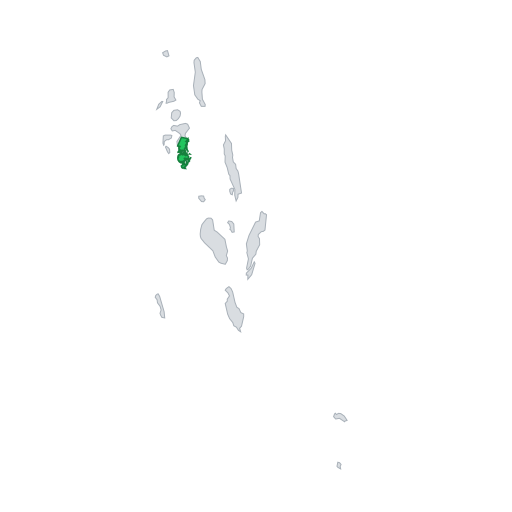 Marovo, Western, Solomon Islands (highlighted), rotated 42°
{"feature_id": "97153195B98406832943487", "entity_name": "Marovo", "entity_type": "district", "adm_level": 2, "iso_a3": "SLB", "parent_name": "Solomon Islands", "parent_adm1": "Western", "projection": "robinson", "projection_center": [157.974, -8.525], "detail": "fine", "context": "in_parent", "style": "filled", "palette": "green", "viewbox_px": 512, "rotation_deg": 42, "n_neighbors": 0, "source": "geoboundaries", "source_scale": "gbopen_adm2", "svg_char_len": 9502}
<svg xmlns="http://www.w3.org/2000/svg" viewBox="0 0 512 512"><g transform="rotate(42 256 256)"><path d="M199.6,258.2L207.7,264.8L211.2,264.2L221.7,264.4L228.0,269.1L231.6,271.3L233.7,275.6L236.2,276.6L237.8,278.7L238.7,282.7L234.8,284.8L232.5,285.4L226.3,284.0L220.5,281.0L208.8,280.6L203.4,279.7L201.5,278.6L199.8,277.0L197.1,273.3L194.9,269.0L194.6,266.4L194.4,261.5L195.1,259.8L197.3,258.0L199.6,258.2ZM236.2,218.3L245.3,230.7L244.9,232.9L243.7,234.3L243.3,238.5L244.5,240.1L247.0,240.8L251.2,245.2L253.0,252.3L254.7,254.8L254.8,260.0L258.8,267.2L259.1,270.7L258.7,272.2L257.1,271.3L252.3,263.2L246.9,259.6L246.2,258.1L240.7,253.4L237.0,245.3L233.0,231.1L234.9,227.7L230.4,220.8L230.6,218.9L233.9,219.2L234.5,218.4L236.2,218.3ZM203.3,224.5L204.4,228.4L199.5,225.0L195.8,220.7L185.2,216.1L182.9,213.7L181.0,213.4L175.5,209.6L170.2,207.0L166.1,202.2L164.1,201.4L160.8,197.7L157.5,195.3L156.3,190.8L153.2,187.7L152.4,186.3L162.5,188.8L167.2,193.7L171.2,196.5L172.6,198.5L176.2,201.3L179.5,201.5L182.7,204.3L185.7,205.0L188.0,206.5L203.1,218.9L201.3,222.1L203.3,224.5ZM271.4,304.5L276.0,306.9L278.6,306.5L282.6,308.2L285.6,307.3L287.5,309.4L292.2,317.9L292.2,320.7L295.3,322.6L292.7,323.0L289.1,322.0L286.2,322.7L283.3,321.0L278.3,320.2L273.9,318.2L264.9,311.9L264.9,308.8L263.5,307.3L263.0,303.4L259.8,302.2L256.0,302.0L255.7,300.1L256.4,296.9L259.2,296.9L262.6,298.3L271.4,304.5ZM116.9,177.4L118.0,178.9L115.2,181.4L111.5,180.0L110.6,177.9L107.9,178.4L102.7,177.2L95.5,171.2L87.9,160.0L80.5,153.8L79.1,151.9L79.0,148.7L79.9,147.4L84.5,148.8L90.4,153.9L100.1,159.2L102.8,161.9L104.5,168.4L106.1,170.4L111.3,175.4L116.9,177.4ZM127.0,215.3L129.3,218.7L131.9,226.3L131.5,228.9L129.6,229.1L129.0,230.7L126.5,227.0L123.1,226.0L120.6,223.8L119.5,216.5L117.5,216.0L111.9,216.7L110.1,219.1L107.6,218.4L107.0,216.2L107.4,214.1L110.8,212.0L111.5,209.3L114.9,204.6L117.0,203.8L121.0,205.5L121.5,212.1L122.9,214.3L127.0,215.3ZM229.6,363.1L227.1,364.6L224.8,363.8L223.0,362.8L221.6,359.6L218.5,357.6L214.1,356.7L211.8,354.7L208.7,354.1L207.9,352.3L208.1,350.5L208.6,349.6L211.4,350.5L225.0,358.9L229.6,363.1ZM87.6,202.1L86.9,202.6L85.7,200.4L84.8,199.7L84.8,197.2L81.1,193.1L80.8,190.3L83.0,187.6L85.8,189.2L88.7,192.6L92.1,193.7L91.4,196.0L88.4,200.2L87.6,202.1ZM106.1,208.7L104.5,210.4L100.6,210.1L97.5,205.9L97.5,202.7L99.9,199.8L102.8,199.3L104.4,200.4L105.9,202.8L106.4,205.9L106.1,208.7ZM139.6,233.7L136.0,237.0L133.4,235.9L131.2,233.1L132.3,228.8L134.4,227.9L135.6,226.4L139.5,227.6L140.5,228.4L138.1,230.5L139.4,232.1L139.6,233.7ZM432.7,319.9L426.6,320.8L424.3,323.8L421.2,323.5L420.1,321.0L420.1,319.8L421.8,320.0L422.7,317.6L424.5,316.4L428.7,315.9L433.7,317.2L432.5,319.4L432.7,319.9ZM265.3,272.8L265.5,278.8L262.8,275.6L261.5,276.7L260.3,275.2L260.6,268.2L258.6,261.5L260.2,262.1L265.3,272.8ZM113.3,234.9L113.3,235.5L111.3,234.4L106.8,228.8L107.6,226.9L111.7,223.2L112.9,222.8L114.1,225.0L113.1,228.3L111.8,229.2L111.2,232.3L113.3,234.9ZM214.9,246.6L218.1,247.1L223.7,252.7L222.4,254.4L219.7,253.5L218.9,253.8L218.0,252.0L215.2,250.3L212.6,250.2L212.3,248.2L214.9,246.6ZM179.1,252.0L174.8,251.4L173.5,249.9L175.1,247.9L177.0,246.5L178.7,247.7L180.6,248.1L180.8,250.7L179.1,252.0ZM56.5,167.7L52.9,168.7L50.6,167.4L51.6,164.2L52.8,162.6L57.4,165.5L56.5,167.7ZM197.4,226.4L195.6,226.9L193.1,225.4L191.9,224.0L192.5,221.9L194.0,221.0L195.7,222.5L195.9,224.0L197.4,226.4ZM461.4,357.6L458.2,358.3L456.9,358.1L454.8,354.5L456.4,353.7L458.7,354.0L459.4,356.1L461.4,357.6ZM122.7,236.8L122.6,238.3L120.5,237.8L115.8,235.6L115.7,234.6L118.3,234.2L120.3,234.5L122.7,236.8ZM84.9,209.3L84.1,213.4L82.2,208.3L82.6,204.1L83.3,203.6L84.9,209.3ZM144.9,238.4L142.2,239.6L141.3,237.9L143.3,233.5L144.9,238.4Z" fill="#d9dde1" stroke="#a8b0b8" stroke-width="1"/><path d="M121.2,217.7L124.1,226.7L125.2,226.5L125.8,226.1L125.6,225.7L126.3,225.4L126.4,225.6L125.7,226.2L125.7,226.6L126.8,227.4L126.9,228.0L127.2,228.2L128.1,227.9L128.2,228.6L128.6,227.8L128.4,228.4L129.1,228.9L129.3,228.6L129.6,228.6L129.4,228.8L129.7,228.7L129.7,228.4L129.9,228.6L130.1,228.1L130.2,228.7L130.7,228.7L130.6,229.2L131.3,229.4L131.1,228.4L130.7,227.8L131.1,227.8L130.9,227.2L131.4,226.8L131.5,226.5L131.8,226.5L131.4,226.4L131.8,226.2L131.8,225.7L132.1,225.2L132.0,224.9L131.6,224.7L131.2,224.5L131.3,223.2L131.0,223.1L131.0,222.6L130.6,221.6L129.7,220.7L129.5,220.8L129.3,220.3L129.3,218.8L128.0,217.7L128.0,217.3L127.5,217.2L127.3,217.4L127.3,216.9L127.5,216.7L127.3,216.0L127.8,215.8L127.3,215.7L127.2,215.0L126.5,215.0L126.4,214.7L121.2,217.7ZM140.3,228.5L140.0,228.5L140.1,228.0L139.5,227.3L138.2,227.1L137.8,226.9L137.3,227.0L136.7,228.5L136.3,228.5L136.5,228.1L136.3,227.7L136.1,227.8L136.2,228.1L136.0,228.3L135.6,227.3L135.1,227.1L134.9,226.7L134.9,226.9L134.5,226.6L134.2,226.8L134.2,227.1L133.6,227.0L133.3,227.3L133.6,227.4L133.9,227.7L134.0,227.5L134.5,228.5L134.4,229.0L134.1,229.4L133.9,228.9L134.1,228.6L133.5,228.2L133.4,228.6L133.1,228.3L133.4,229.0L133.2,229.2L133.2,229.8L132.9,229.7L132.8,229.9L132.7,228.9L132.5,229.2L132.2,229.1L132.1,229.4L131.9,228.8L131.3,228.5L131.8,230.0L131.6,230.2L131.3,230.0L131.0,230.5L131.6,232.0L131.1,232.2L131.2,232.8L130.9,232.9L131.1,233.7L131.2,234.0L131.7,234.0L131.6,234.3L131.9,235.0L132.5,234.9L132.5,235.7L133.8,236.8L134.7,237.0L135.2,236.8L135.5,237.3L136.5,237.3L136.6,236.7L137.2,236.4L137.1,235.8L138.2,235.5L138.4,234.1L139.0,234.3L139.3,234.0L139.3,233.2L139.1,233.1L139.4,233.1L139.4,232.9L139.1,232.5L138.6,232.7L139.0,232.5L138.9,231.9L139.5,231.9L139.7,231.3L138.9,231.5L138.8,231.8L138.1,231.3L137.9,231.7L137.5,231.6L137.4,231.2L137.8,230.7L138.6,230.6L138.8,230.3L139.2,230.4L139.4,230.0L139.9,230.2L139.7,229.6L140.1,229.3L140.0,228.6L140.3,228.5ZM144.4,238.3L143.4,237.5L143.6,236.3L143.0,235.7L142.9,234.9L143.2,234.2L143.0,233.7L142.6,233.3L143.0,234.0L142.6,235.4L141.8,235.6L141.8,235.9L140.6,236.7L140.4,238.2L140.5,238.1L140.5,238.6L141.2,239.6L141.7,239.9L142.6,239.8L143.0,238.7L144.1,239.0L144.4,238.3ZM129.1,216.0L129.0,215.7L128.5,215.6L128.3,214.9L127.9,214.6L127.1,214.5L128.0,214.9L128.9,216.0L128.3,216.7L128.4,217.1L128.7,217.0L128.8,216.4L129.1,216.0ZM136.3,226.2L135.8,226.0L135.2,226.3L135.2,226.5L134.8,226.4L135.5,227.2L136.3,226.2ZM130.4,219.4L130.3,219.2L129.7,218.7L129.0,217.5L128.8,217.4L128.8,217.2L128.4,217.3L128.6,217.5L128.4,217.6L130.4,219.4ZM143.8,235.0L143.6,233.1L143.1,232.7L142.9,233.1L143.2,233.2L143.2,232.9L143.4,233.1L143.5,235.1L143.8,235.0ZM129.4,230.0L128.7,229.4L128.6,229.7L128.9,230.0L129.0,230.5L128.3,231.7L129.0,230.8L129.0,230.0L129.4,230.0ZM142.9,232.0L142.7,231.5L142.1,231.0L141.7,229.6L142.0,230.9L142.7,231.7L142.6,233.0L142.9,232.0ZM142.2,228.7L141.8,226.6L141.5,226.1L142.0,227.9L142.0,229.0L142.2,228.7ZM133.1,223.2L132.8,222.5L132.4,221.9L131.5,221.3L131.8,221.6L131.6,221.7L132.3,222.0L133.1,223.2ZM140.0,235.7L139.7,235.7L139.3,235.8L138.8,236.2L139.1,236.2L140.0,235.7ZM131.5,221.3L131.0,220.8L130.9,220.4L130.5,220.2L130.9,221.0L131.4,221.4L131.3,221.5L131.5,221.3ZM140.6,236.3L140.3,236.3L140.2,236.9L140.2,237.2L140.6,236.3ZM128.4,216.3L128.0,215.9L127.9,216.0L128.0,216.5L128.4,216.3ZM130.4,219.7L130.2,219.4L129.9,219.2L130.2,219.6L129.9,219.4L130.0,219.6L130.4,219.7ZM140.5,236.2L140.3,235.9L140.0,235.7L140.1,236.1L140.5,236.2ZM142.8,229.9L142.5,229.5L142.2,229.5L142.6,229.7L142.8,230.3L142.8,229.9ZM133.9,223.0L133.4,222.7L133.0,222.9L133.2,223.1L133.4,222.9L133.9,223.0ZM142.6,233.7L142.5,233.3L142.3,233.4L142.6,233.7ZM136.6,227.4L136.4,227.3L136.3,227.6L136.5,227.6L136.6,227.4ZM141.4,229.0L141.3,228.5L141.3,227.8L141.2,228.8L141.4,229.0ZM138.6,224.5L138.2,224.5L138.2,224.8L138.6,224.5ZM143.0,231.3L143.0,230.9L142.9,231.0L143.0,231.3ZM138.3,236.3L138.1,236.2L137.8,236.4L138.2,236.4L138.3,236.3ZM130.3,229.7L130.3,229.4L130.2,229.4L130.3,229.7ZM141.9,235.4L141.6,235.3L141.4,235.4L141.8,235.5L141.9,235.4ZM132.4,226.3L132.3,225.8L132.1,226.2L132.4,226.3ZM130.2,229.0L130.0,228.7L130.2,229.0ZM140.2,229.6L140.2,229.1L140.2,229.4L140.2,229.6ZM134.5,223.4L134.1,223.1L134.5,223.4ZM132.2,224.9L132.0,224.7L132.0,224.8L132.1,225.0L132.2,224.9ZM131.8,224.6L131.7,224.3L131.6,224.5L131.8,224.6ZM139.2,234.3L139.1,234.1L139.1,234.4L139.2,234.3ZM137.7,237.0L137.6,236.8L137.6,237.0L137.7,237.0ZM136.5,226.7L136.5,226.4L136.4,226.4L136.5,226.7ZM140.5,230.2L140.4,230.1L140.4,230.4L140.5,230.2ZM142.5,233.1L142.4,232.9L142.3,233.1L142.5,233.1ZM140.7,232.0L140.6,231.8L140.6,232.0L140.7,232.0ZM145.0,238.1L144.8,238.0L144.7,238.0L144.8,238.2L145.0,238.1ZM135.5,223.8L135.5,223.7L135.1,223.5L135.5,223.8ZM134.2,225.6L134.2,225.4L134.1,225.6L134.2,225.6ZM129.3,230.4L129.2,230.2L129.3,230.4L129.3,230.4ZM130.8,221.0L130.7,220.9L130.7,221.0L130.8,221.0ZM141.4,234.6L141.5,234.4L141.4,234.5L141.4,234.6ZM138.4,236.3L138.4,236.1L138.4,236.3ZM140.5,235.2L140.4,235.1L140.5,235.3L140.5,235.2ZM141.0,232.2L140.9,232.0L140.9,231.9L140.8,232.1L141.0,232.2ZM135.1,223.5L134.9,223.4L134.7,223.4L134.7,223.5L135.1,223.5ZM141.0,236.2L140.9,236.1L141.0,236.2ZM129.6,219.9L129.5,219.7L129.5,219.9L129.6,219.9ZM133.8,225.5L133.7,225.4L133.7,225.5L133.8,225.5ZM139.2,234.5L139.1,234.4L139.1,234.6L139.2,234.5ZM126.8,214.5L126.7,214.3L126.6,214.5L126.8,214.5ZM140.3,234.6L140.3,234.2L140.1,234.6L140.3,234.6ZM132.6,226.3L132.6,226.1L132.6,226.3ZM136.8,227.1L136.7,227.0L136.8,227.1ZM130.4,220.1L130.4,219.8L130.4,220.1ZM130.2,220.8L130.0,220.6L130.2,220.8ZM140.2,237.5L140.3,237.3L140.2,237.3L140.2,237.5ZM129.6,229.8L129.6,229.5L129.4,229.8L129.6,229.8Z" fill="#22c55e" stroke="#15803d" stroke-width="1.5"/></g></svg>